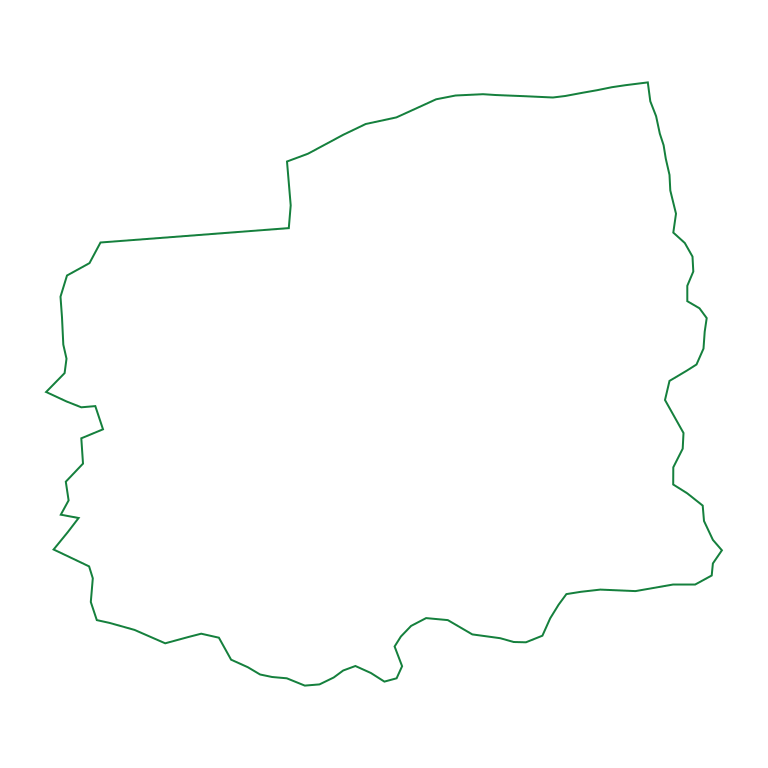 Frei Miguelinho, Pernambuco, Brazil
{"feature_id": "56859067B30384170983648", "entity_name": "Frei Miguelinho", "entity_type": "district", "adm_level": 2, "iso_a3": "BRA", "parent_name": "Brazil", "parent_adm1": "Pernambuco", "projection": "orthographic", "projection_center": [-35.879, -7.933], "detail": "fine", "context": "isolated", "style": "outline", "palette": "green", "viewbox_px": 768, "rotation_deg": 0, "n_neighbors": 0, "source": "geoboundaries", "source_scale": "gbopen_adm2", "svg_char_len": 1495}
<svg xmlns="http://www.w3.org/2000/svg" viewBox="0 0 768 768"><path d="M272.1,677.0L286.8,678.3L304.8,685.6L319.5,684.4L333.7,677.5L343.2,670.5L355.4,666.0L370.9,673.0L384.4,681.6L396.6,678.3L402.1,666.2L394.6,646.5L400.9,636.5L411.1,625.9L426.1,618.1L447.8,620.1L472.3,634.4L500.2,638.2L513.7,642.0L525.9,642.3L542.4,635.7L550.2,618.3L558.6,604.7L566.4,594.1L580.9,591.8L600.3,589.6L635.5,591.1L673.2,584.5L695.2,584.5L711.7,575.5L712.9,563.4L721.9,550.3L712.9,539.9L704.0,521.0L702.7,505.6L687.2,493.3L673.2,484.5L673.3,467.3L682.7,448.7L683.5,433.0L665.0,400.0L669.5,380.9L686.2,371.0L696.5,364.5L703.5,348.6L704.7,331.7L706.7,318.1L699.5,308.3L687.3,301.2L687.3,285.8L693.3,271.5L692.5,256.6L684.8,243.0L673.3,232.6L676.0,213.7L670.3,190.5L669.5,174.9L665.8,158.8L663.6,145.2L659.8,133.6L656.1,116.2L650.3,101.3L647.8,82.4L625.4,85.2L611.9,87.2L597.1,90.2L582.9,92.7L565.2,96.0L552.9,97.5L524.7,96.2L507.2,95.5L495.3,95.0L483.0,94.2L455.6,95.5L436.1,99.3L396.4,117.4L365.7,124.0L343.2,134.8L308.0,153.7L287.0,161.5L290.7,205.4L288.8,228.1L100.5,242.5L89.5,263.1L67.0,275.5L60.5,296.7L62.0,317.4L63.3,344.6L66.5,358.7L64.6,373.1L46.1,392.0L66.6,401.5L81.3,407.3L95.3,406.1L103.0,429.3L81.3,438.3L83.0,463.6L65.8,481.7L68.6,500.4L60.8,514.7L78.6,518.0L67.8,532.1L53.6,549.5L89.1,566.4L92.8,578.3L90.8,602.0L96.8,620.1L109.5,622.9L134.5,629.9L165.2,643.3L188.4,637.0L201.2,633.7L218.9,637.7L231.1,659.7L247.8,667.2L260.1,674.5L272.1,677.0Z" fill="none" stroke="#15803d" stroke-width="2"/></svg>